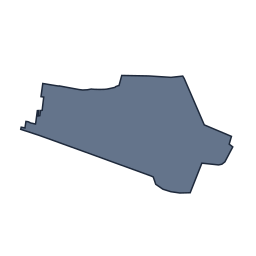 the district of Ánimas Trujano, Oaxaca, Mexico, rotated 277°
{"feature_id": "50627088B99049089169873", "entity_name": "Ánimas Trujano", "entity_type": "district", "adm_level": 2, "iso_a3": "MEX", "parent_name": "Mexico", "parent_adm1": "Oaxaca", "projection": "equal_earth", "projection_center": [-96.715, 16.988], "detail": "fine", "context": "isolated", "style": "filled", "palette": "slate", "viewbox_px": 256, "rotation_deg": 277, "n_neighbors": 0, "source": "geoboundaries", "source_scale": "gbopen_adm2", "svg_char_len": 1039}
<svg xmlns="http://www.w3.org/2000/svg" viewBox="0 0 256 256"><g transform="rotate(277 128 128)"><path d="M186.2,176.0L183.5,164.5L182.2,142.3L179.4,115.4L169.1,113.9L169.1,113.7L167.5,110.6L166.8,110.2L165.6,106.9L165.0,105.2L164.0,102.2L163.5,99.9L162.8,95.1L162.3,90.0L162.2,87.7L162.2,86.8L161.0,83.0L160.2,78.4L160.2,74.7L161.4,54.6L161.2,54.5L161.2,53.3L161.4,47.5L161.7,40.6L161.8,38.0L148.5,37.8L148.4,40.6L145.8,40.6L141.6,40.6L138.2,40.6L137.8,40.6L135.2,40.7L134.7,39.1L129.5,39.0L129.4,38.6L129.0,37.4L134.5,37.4L134.2,35.9L123.1,35.8L120.7,35.7L120.8,34.2L121.0,32.7L121.0,31.9L121.1,31.1L121.2,30.4L121.6,29.6L122.0,28.3L122.1,27.5L122.1,26.8L122.1,25.9L115.5,25.7L115.6,25.0L115.7,23.5L115.8,21.9L113.6,21.7L113.1,24.2L109.9,40.5L99.4,86.5L83.2,156.7L82.5,159.0L75.5,162.4L71.5,170.1L70.0,178.2L69.8,187.3L71.3,197.4L71.3,197.6L102.1,205.6L102.4,222.4L103.5,225.6L106.2,228.3L122.0,234.3L124.3,230.4L132.3,231.7L137.7,212.7L140.4,203.3L183.9,177.8L186.2,176.0Z" fill="#64748b" stroke="#1e293b" stroke-width="1.5"/></g></svg>